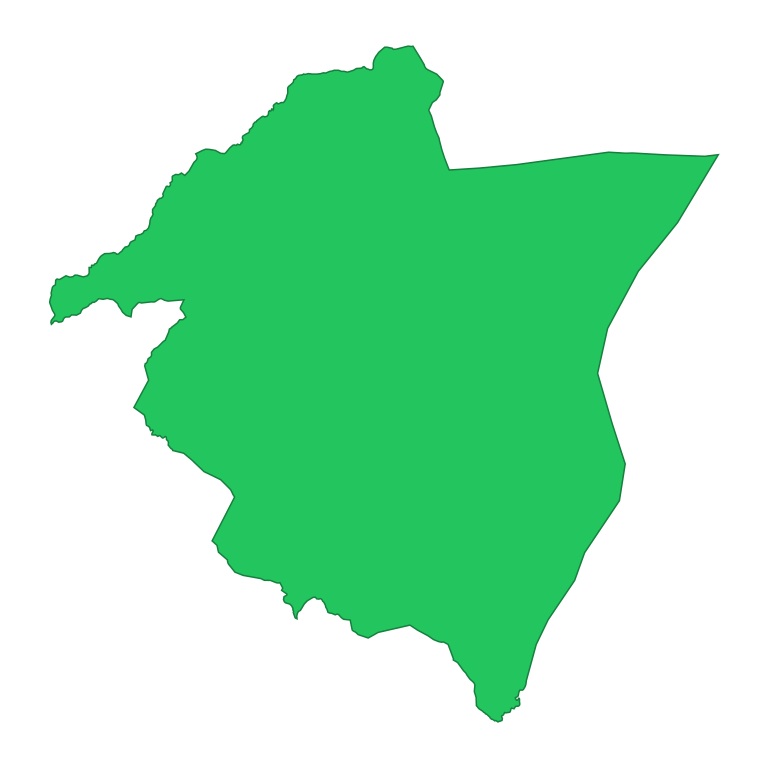 Obuasi Municipal, Ashanti, Ghana (Natural Earth projection)
{"feature_id": "2480657B43720081643569", "entity_name": "Obuasi Municipal", "entity_type": "district", "adm_level": 2, "iso_a3": "GHA", "parent_name": "Ghana", "parent_adm1": "Ashanti", "projection": "natural_earth1", "projection_center": [-1.716, 6.191], "detail": "fine", "context": "isolated", "style": "filled", "palette": "green", "viewbox_px": 768, "rotation_deg": 0, "n_neighbors": 0, "source": "geoboundaries", "source_scale": "gbopen_adm2", "svg_char_len": 6007}
<svg xmlns="http://www.w3.org/2000/svg" viewBox="0 0 768 768"><path d="M718.3,154.7L704.9,156.3L666.0,154.9L632.4,153.0L625.8,153.2L608.6,152.2L516.7,164.6L479.1,168.1L449.2,170.0L444.5,157.9L441.9,150.0L439.4,140.4L439.0,138.0L436.6,132.8L434.4,126.8L431.4,116.1L428.7,110.1L432.4,102.5L436.3,99.8L439.9,94.9L439.9,92.5L443.3,81.8L443.0,80.7L436.8,74.2L427.5,69.6L426.0,68.5L424.7,66.6L424.2,64.7L420.3,58.0L413.0,46.2L411.4,46.5L408.1,46.1L396.0,49.2L393.2,49.3L392.3,48.3L387.2,47.2L384.7,47.2L378.8,52.3L375.6,56.7L373.9,60.3L373.3,63.0L373.3,67.9L372.6,69.3L371.2,69.9L369.8,69.9L368.4,69.2L366.6,68.8L364.0,66.6L362.6,67.2L362.1,67.8L361.2,68.2L356.5,68.5L353.4,70.3L348.1,72.0L347.1,72.1L344.0,71.3L341.5,71.4L338.7,70.3L334.0,70.3L332.2,71.0L329.8,71.4L325.5,73.1L323.5,72.8L320.3,73.7L316.7,74.1L312.5,74.1L308.3,73.6L305.2,74.4L303.5,74.0L302.6,74.8L298.5,75.4L296.8,76.5L296.3,77.6L294.9,79.2L293.8,79.7L293.2,82.4L290.0,85.4L289.5,85.6L288.2,87.0L287.7,88.0L287.8,93.0L286.7,96.3L286.2,98.6L285.3,99.9L284.7,101.2L283.3,102.6L281.2,102.5L278.7,103.8L278.0,103.8L276.8,102.8L276.1,103.1L273.9,104.8L273.3,105.9L273.6,107.5L273.5,109.0L273.1,110.1L271.9,108.9L271.5,109.2L271.1,110.7L270.0,111.2L269.6,110.7L268.9,111.3L268.6,111.9L268.4,114.0L267.9,115.3L266.7,116.4L264.7,116.9L263.8,116.4L262.8,116.3L261.6,116.9L256.8,120.7L256.2,121.8L255.0,122.1L253.3,124.0L252.9,126.2L251.5,128.1L249.5,129.5L249.3,131.8L248.6,132.8L246.6,133.7L242.9,136.0L242.4,137.1L242.4,138.2L243.0,139.6L242.9,140.7L242.1,141.5L242.2,142.5L242.0,142.9L241.0,143.0L240.8,144.0L239.9,144.9L237.4,144.2L236.2,145.4L234.3,144.9L232.9,145.2L229.9,147.8L225.7,152.8L224.6,153.6L220.7,153.3L215.3,150.4L209.4,149.4L205.7,149.2L202.3,150.5L195.7,153.8L196.7,155.5L197.1,157.0L197.0,158.6L196.2,160.2L193.9,162.4L189.0,171.1L184.8,175.4L181.4,173.0L179.3,174.4L178.1,174.7L175.8,174.4L172.7,176.0L172.2,176.8L172.3,180.7L172.0,181.5L170.0,182.9L170.5,184.1L170.2,185.4L169.6,186.3L168.7,186.7L167.3,186.2L166.3,186.4L163.0,193.4L162.8,194.2L163.3,195.5L163.1,196.5L161.9,197.8L161.1,198.3L159.9,198.3L157.3,200.4L157.1,201.7L155.7,203.8L155.5,205.7L152.6,209.4L152.5,212.7L153.1,214.1L152.9,214.7L152.0,216.5L150.8,218.1L150.1,220.4L149.7,224.1L148.5,228.0L146.4,230.3L144.3,230.8L142.9,233.2L140.6,234.5L138.1,235.0L135.9,236.0L135.0,239.9L130.9,241.9L129.9,243.1L129.4,244.8L128.2,246.2L127.1,246.7L125.2,247.0L122.8,249.6L122.0,251.0L119.4,253.0L118.6,254.0L116.7,254.2L115.6,253.1L113.5,252.5L111.8,253.1L109.2,253.5L104.7,253.6L101.6,255.6L100.4,256.7L98.9,258.8L96.5,263.3L94.7,264.0L93.7,265.3L91.6,265.3L91.3,267.5L89.1,267.5L89.2,272.6L88.8,274.2L87.1,275.9L83.2,276.9L77.3,275.2L75.0,275.1L72.8,276.7L70.0,277.2L65.9,275.8L59.8,279.4L58.4,279.4L57.0,279.0L55.7,280.2L55.4,284.9L53.6,285.9L52.4,287.3L51.1,293.3L51.5,295.4L50.5,298.0L49.7,301.8L49.8,302.9L52.5,310.4L54.8,314.2L54.8,315.8L51.3,320.4L50.9,322.5L51.4,324.3L52.9,323.0L53.6,321.9L54.5,321.2L56.3,320.9L58.7,322.2L61.5,321.8L62.7,321.0L63.5,319.0L64.6,317.6L65.6,317.0L69.4,316.9L71.6,314.9L76.6,315.1L80.4,313.1L81.4,310.5L83.0,308.6L85.8,307.5L88.4,306.0L89.6,304.2L91.0,303.7L92.5,302.3L94.2,302.3L96.4,301.0L98.0,299.3L98.9,298.7L103.1,299.3L107.4,298.4L110.5,299.3L112.5,299.5L113.9,300.2L117.8,303.7L118.6,306.0L120.9,309.2L122.6,312.2L126.2,315.4L131.0,316.9L132.1,309.4L138.0,303.0L139.0,302.5L140.0,302.5L141.3,303.0L151.2,301.9L154.0,302.0L154.9,301.8L159.1,299.1L161.0,298.5L164.7,300.3L168.0,301.1L183.9,299.8L180.4,307.4L180.4,309.0L183.6,312.7L185.9,317.1L183.0,319.6L179.6,319.8L177.3,323.0L171.6,327.3L170.7,328.4L169.4,329.0L168.7,332.1L165.2,340.3L163.4,341.4L157.7,347.1L154.1,349.0L151.5,352.3L151.5,355.6L150.9,356.7L148.2,358.7L147.1,362.1L146.2,363.4L145.3,363.5L144.7,365.9L148.6,380.2L133.9,407.5L144.4,415.1L145.8,420.4L146.1,423.9L146.5,425.3L148.8,426.5L150.0,428.3L150.0,429.1L150.6,430.6L152.5,429.9L153.3,430.8L151.8,433.9L152.0,434.9L154.4,435.0L155.3,434.7L157.8,436.4L159.0,435.7L159.9,435.6L162.5,438.0L163.4,437.9L165.2,436.5L166.3,437.2L166.5,439.6L168.1,441.2L168.4,442.6L168.2,445.1L171.0,448.6L172.4,449.4L172.7,450.5L183.7,453.2L191.3,459.5L204.0,471.6L220.7,479.7L230.0,489.0L231.0,490.3L233.1,494.7L234.6,497.1L212.1,540.9L217.0,545.3L218.5,552.2L227.4,559.9L227.6,561.8L228.3,563.9L235.0,572.2L243.2,575.4L261.0,578.6L264.3,580.3L270.4,580.4L276.5,582.8L278.7,583.0L279.9,582.7L282.7,588.0L281.6,590.4L287.0,594.1L286.8,595.1L284.0,596.7L283.5,599.6L284.3,601.7L285.4,602.8L289.8,604.1L291.6,605.8L292.9,608.3L292.9,609.9L293.6,611.5L293.3,612.6L294.8,616.9L295.3,618.0L297.0,618.8L296.8,616.1L297.2,614.1L297.8,612.5L298.5,611.4L300.4,610.4L304.4,603.8L307.4,600.7L313.0,597.4L315.3,597.2L316.8,598.9L318.9,599.1L320.7,598.6L322.2,600.0L322.6,601.1L323.8,602.2L325.3,605.0L325.8,607.2L326.9,609.1L328.0,612.4L329.6,613.0L331.7,613.3L335.2,614.8L336.9,614.2L337.9,614.2L339.2,615.2L341.3,617.6L343.6,619.3L350.2,620.0L352.2,630.0L353.0,630.8L355.9,632.4L358.1,634.6L368.2,638.0L378.2,632.4L409.9,625.1L417.7,630.2L427.9,635.7L433.6,639.6L438.6,641.6L441.5,642.2L443.6,642.0L448.1,644.4L453.4,658.7L453.3,660.0L457.6,662.5L463.4,670.6L465.7,672.9L467.3,675.6L469.9,679.1L473.9,682.7L474.9,685.0L474.3,691.5L476.1,697.3L476.4,705.6L478.9,708.7L482.7,711.2L483.6,712.2L484.8,712.8L485.4,713.8L487.1,714.5L488.6,716.1L489.5,716.7L490.4,718.2L491.4,719.1L492.8,719.5L494.9,720.9L495.9,720.5L497.9,721.9L502.0,720.5L502.4,718.5L501.6,716.7L501.6,716.1L503.5,714.8L504.6,712.5L505.8,712.9L509.8,712.2L510.4,711.2L511.1,708.5L511.5,708.1L514.0,708.8L515.6,706.4L518.5,706.1L519.4,705.4L519.8,704.1L519.4,700.8L519.6,699.8L519.3,698.5L518.9,698.2L517.5,700.1L516.8,700.3L516.4,700.1L515.3,698.1L515.4,697.6L517.2,696.8L518.2,695.9L518.9,692.0L520.0,690.0L522.5,690.1L523.4,689.5L525.2,686.4L525.9,684.3L526.4,680.4L536.2,644.5L548.1,619.8L574.6,580.5L584.6,552.7L619.4,500.7L625.2,463.9L612.2,423.7L597.6,373.4L607.6,328.4L638.3,271.3L677.5,222.7L718.3,154.7Z" fill="#22c55e" stroke="#15803d" stroke-width="1.5"/></svg>